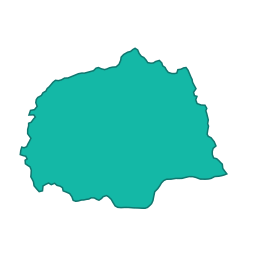 outline of Santo Estêvão, Bahia, Brazil, rotated 7°
{"feature_id": "56859067B59160361010932", "entity_name": "Santo Estêvão", "entity_type": "district", "adm_level": 2, "iso_a3": "BRA", "parent_name": "Brazil", "parent_adm1": "Bahia", "projection": "natural_earth1", "projection_center": [-39.267, -12.461], "detail": "fine", "context": "isolated", "style": "filled", "palette": "teal", "viewbox_px": 256, "rotation_deg": 7, "n_neighbors": 0, "source": "geoboundaries", "source_scale": "gbopen_adm2", "svg_char_len": 2409}
<svg xmlns="http://www.w3.org/2000/svg" viewBox="0 0 256 256"><g transform="rotate(7 128 128)"><path d="M150.9,57.1L147.2,58.7L145.4,60.3L142.9,60.9L139.6,60.7L137.4,58.1L135.1,56.1L132.5,55.2L130.0,52.7L128.1,49.4L125.3,48.0L123.3,49.5L121.2,51.7L118.4,52.8L114.7,55.6L112.6,58.5L112.5,61.7L111.3,65.9L108.7,68.8L105.1,69.5L102.3,70.5L100.0,71.9L97.7,72.9L94.3,72.5L91.3,71.6L89.0,72.5L86.8,75.3L78.0,78.9L75.5,79.1L72.1,80.2L66.8,83.2L62.3,85.7L58.9,86.2L56.1,88.3L53.2,89.5L50.2,89.5L47.9,91.9L46.5,94.1L44.7,96.8L43.0,98.6L42.0,101.4L39.3,103.4L38.1,106.3L34.7,108.7L33.5,111.0L33.4,114.1L35.2,117.6L32.9,121.2L29.1,122.4L28.1,127.2L32.8,126.4L34.7,128.4L33.2,130.5L31.2,134.1L28.8,135.4L29.1,138.1L28.6,141.7L29.1,145.9L32.9,150.0L31.8,153.2L30.8,155.6L29.7,158.9L27.2,160.3L24.9,159.9L24.3,163.4L24.3,167.5L27.4,168.2L30.0,168.5L31.7,171.0L29.8,172.5L30.5,176.0L33.1,177.4L35.5,178.5L37.1,181.5L37.4,185.3L37.5,188.3L39.2,190.6L40.7,192.9L41.8,196.8L45.0,199.8L47.6,202.0L50.8,200.8L50.7,195.9L53.3,193.9L55.9,192.3L58.7,193.6L61.9,191.8L64.5,193.6L67.7,194.0L70.2,195.2L71.3,198.3L74.8,199.2L78.1,200.2L80.7,203.1L82.4,206.5L85.0,207.1L87.5,206.5L90.5,205.2L92.9,204.8L95.4,203.9L97.8,203.3L99.9,201.8L103.1,201.5L105.6,202.6L108.0,203.2L110.3,201.2L111.7,199.2L114.8,197.7L116.9,198.5L120.1,200.9L122.3,203.9L124.7,206.9L127.4,208.0L130.8,207.9L134.6,207.2L138.4,206.8L143.3,206.6L146.4,206.3L148.7,206.1L151.7,205.9L154.7,205.6L157.0,204.5L159.1,202.2L160.6,200.2L161.6,197.0L161.9,192.7L162.3,188.0L164.9,184.6L166.5,181.6L167.9,178.4L169.9,175.8L172.4,174.2L177.1,173.5L181.6,172.2L185.2,171.8L187.8,171.4L191.0,170.1L194.5,168.8L198.3,168.4L201.5,168.8L205.9,169.9L210.8,169.4L214.1,168.8L216.6,167.9L220.0,165.6L224.1,164.8L226.8,163.9L229.2,162.9L231.7,161.5L229.3,159.1L227.0,156.6L226.0,152.4L224.1,151.0L222.2,149.4L219.8,147.7L216.6,147.3L214.9,144.0L214.5,140.8L215.0,137.8L217.5,135.1L215.2,131.1L211.7,127.6L208.7,126.5L207.3,124.5L207.4,120.5L207.7,116.3L206.5,114.1L206.7,110.2L205.6,107.3L204.3,103.9L203.1,101.4L203.8,99.0L201.6,96.0L197.8,96.3L193.6,95.3L191.8,91.8L192.6,88.2L190.0,87.8L188.7,84.5L190.7,80.7L188.1,77.1L186.5,74.7L185.7,72.0L184.3,69.9L182.7,67.1L180.5,63.3L178.2,60.9L175.8,61.6L173.4,63.2L170.4,64.0L169.7,67.6L167.5,68.3L164.8,68.6L161.2,67.9L158.9,65.6L157.4,63.4L154.8,62.0L153.6,59.3L150.9,57.1Z" fill="#14b8a6" stroke="#0f766e" stroke-width="1.5"/></g></svg>